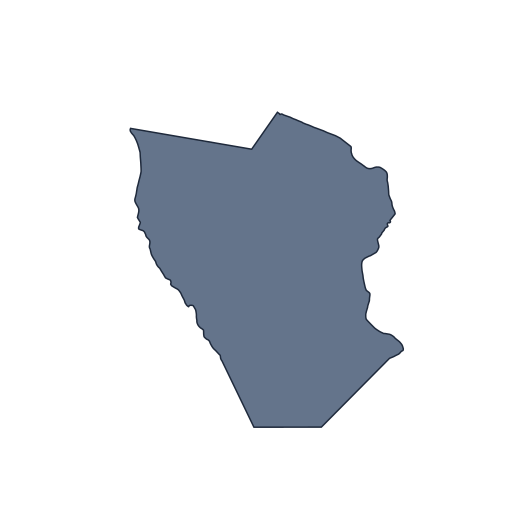 the district of Soledad, El Paraíso, Honduras, rotated 213°
{"feature_id": "27666195B67097486402294", "entity_name": "Soledad", "entity_type": "district", "adm_level": 2, "iso_a3": "HND", "parent_name": "Honduras", "parent_adm1": "El Paraíso", "projection": "mercator", "projection_center": [-87.146, 13.616], "detail": "fine", "context": "isolated", "style": "filled", "palette": "slate", "viewbox_px": 512, "rotation_deg": 213, "n_neighbors": 0, "source": "geoboundaries", "source_scale": "gbopen_adm2", "svg_char_len": 6091}
<svg xmlns="http://www.w3.org/2000/svg" viewBox="0 0 512 512"><g transform="rotate(213 256 256)"><path d="M313.7,388.1L316.3,388.2L317.8,343.2L430.7,294.7L430.5,293.9L430.4,293.5L429.8,292.7L429.4,292.3L428.6,291.9L427.5,291.4L426.3,291.0L424.8,290.6L424.1,290.4L422.9,289.8L421.6,289.1L419.3,287.7L417.6,286.5L416.2,285.5L413.4,283.1L410.1,280.2L409.6,279.7L409.0,278.9L407.0,276.1L403.3,271.3L400.0,266.7L398.7,264.8L398.3,264.1L398.0,263.4L397.7,262.7L396.5,259.5L395.4,256.1L393.9,251.9L393.1,249.3L392.7,248.2L392.2,247.2L391.3,245.1L390.5,243.4L389.5,240.7L388.9,238.8L388.6,237.9L388.2,237.1L387.7,236.4L387.3,236.0L387.0,235.7L385.9,235.0L384.5,234.2L382.3,233.1L381.2,232.5L380.3,231.9L379.7,231.2L379.0,230.3L378.7,229.8L378.3,228.9L377.9,227.9L376.7,224.4L376.5,223.8L376.1,223.6L375.3,223.1L371.7,221.4L371.4,221.2L371.2,221.0L371.0,220.5L370.8,219.5L370.4,217.6L370.2,216.6L370.0,216.0L369.7,215.6L369.5,215.2L369.2,214.9L368.8,214.8L368.4,214.8L367.0,215.1L365.1,215.6L364.5,215.7L364.0,215.7L363.3,215.6L362.6,215.4L361.7,214.8L360.2,213.9L359.2,212.9L358.6,212.6L358.2,212.4L357.2,212.1L354.8,211.6L354.2,211.4L353.9,211.2L353.5,210.9L353.1,210.6L352.8,210.2L352.5,209.8L352.1,209.2L351.7,208.3L350.8,206.2L350.3,205.5L349.9,205.0L349.5,204.7L348.9,204.4L348.5,204.1L345.2,200.9L344.3,200.2L343.0,199.4L340.5,198.1L339.8,197.8L338.3,197.2L337.4,196.8L336.7,196.3L335.9,195.6L335.4,195.2L334.6,194.7L333.8,194.3L332.8,193.9L332.2,193.7L331.5,193.5L330.6,193.4L329.8,193.2L327.1,191.8L323.3,190.1L321.5,189.1L320.2,188.5L319.8,188.4L319.5,188.4L317.0,188.7L315.2,189.1L314.8,189.1L314.7,189.1L313.8,188.5L313.4,188.1L313.1,187.8L312.7,187.2L312.4,186.3L312.2,185.9L311.7,185.6L311.0,185.3L310.4,185.1L309.6,185.1L306.7,185.2L304.2,185.4L303.2,185.4L302.6,185.3L301.8,185.1L300.5,184.6L299.2,184.1L298.5,183.7L297.6,183.1L295.7,181.9L292.2,180.0L289.9,178.1L288.3,177.4L287.7,177.1L287.1,176.9L286.2,176.8L285.2,176.7L284.9,176.8L284.9,178.0L284.8,178.3L284.6,178.5L284.1,179.0L283.6,179.3L283.0,179.7L282.2,180.0L281.5,180.1L281.2,180.0L280.9,179.8L279.3,179.0L277.5,178.1L277.2,177.8L276.8,177.5L275.6,176.2L274.7,175.2L273.8,174.0L273.0,172.7L272.4,171.9L271.9,171.3L271.1,170.4L270.6,169.9L269.6,168.4L269.2,168.1L268.7,167.6L267.7,166.9L267.0,166.5L266.3,166.2L265.4,165.9L264.5,165.7L263.5,165.5L262.1,165.5L261.2,165.5L260.2,165.4L259.8,165.3L259.5,165.0L259.0,164.4L257.3,161.9L256.7,161.2L255.9,160.3L255.6,160.1L255.3,159.9L254.0,159.6L252.7,159.4L251.7,159.4L250.4,159.6L249.8,159.5L249.3,159.4L248.7,159.2L248.4,159.0L247.9,158.7L246.7,157.8L244.7,156.7L243.5,156.1L242.1,155.5L241.4,155.3L240.7,155.1L238.3,154.7L233.1,153.4L232.3,153.3L232.0,153.2L231.8,153.1L231.2,152.4L229.9,150.9L229.5,150.6L229.1,150.3L228.2,149.8L227.4,149.5L164.5,111.3L108.0,148.1L88.3,242.9L85.8,246.5L84.3,249.2L83.5,250.5L83.1,251.1L82.7,252.1L82.5,253.0L82.3,254.5L82.2,255.0L82.0,255.6L81.5,256.3L81.4,256.6L81.3,257.0L81.4,257.5L81.7,258.0L82.0,258.5L82.7,259.1L83.4,259.7L84.1,260.3L84.8,260.7L85.2,261.0L85.9,261.3L87.8,261.9L88.9,262.2L90.6,262.4L92.9,262.6L94.3,262.8L95.0,262.9L95.9,263.2L96.4,263.3L97.7,263.4L99.5,263.4L100.3,263.3L100.8,263.2L101.3,263.1L102.0,262.8L104.8,261.6L105.7,261.2L106.4,260.7L106.8,260.5L107.9,260.4L110.1,260.1L111.9,260.0L113.4,260.0L114.6,260.0L116.3,260.1L117.3,260.2L118.7,260.5L122.4,261.3L126.7,262.3L128.5,262.8L128.9,262.9L129.2,263.1L129.9,263.7L130.7,264.6L131.7,266.1L132.1,266.7L132.4,267.3L132.6,267.8L133.4,270.1L134.3,273.2L134.5,273.8L135.0,274.8L135.2,275.4L135.9,277.9L136.5,280.1L136.8,280.7L137.7,282.2L138.1,283.0L139.0,284.9L139.3,285.5L139.7,286.0L140.0,286.4L140.2,286.6L140.5,286.7L141.0,286.9L141.8,287.0L144.2,287.2L144.6,287.3L145.0,287.4L145.4,287.7L145.9,288.0L147.3,289.1L151.7,293.4L154.0,295.8L155.8,298.0L157.8,300.1L159.1,301.5L161.0,303.9L161.9,305.1L162.5,306.0L163.1,307.0L163.6,308.1L163.9,308.8L164.1,309.6L164.1,310.3L164.1,311.1L163.9,311.8L163.6,313.1L163.1,314.1L161.7,316.5L161.1,317.5L160.1,318.7L159.9,319.2L157.4,324.1L157.3,324.4L157.2,324.8L157.1,326.3L157.2,327.5L157.4,328.8L157.6,329.8L157.9,330.5L158.5,331.4L159.2,332.1L161.8,334.5L162.6,335.3L163.1,336.0L163.3,336.3L163.4,336.6L163.4,337.1L163.3,337.7L162.9,339.1L162.7,342.4L162.7,343.0L163.0,343.7L163.0,344.2L162.6,347.3L162.6,347.5L162.7,348.0L162.8,348.4L162.8,349.1L162.8,349.7L162.7,350.1L162.5,350.6L162.1,351.4L161.7,352.0L161.6,352.5L161.6,352.8L161.8,353.1L162.0,353.2L162.5,353.6L162.8,353.8L163.4,354.5L163.5,354.8L163.4,355.5L163.2,355.9L163.1,356.1L162.9,356.2L162.3,356.4L162.1,356.6L161.9,356.9L161.8,357.2L161.8,357.8L162.0,358.1L162.3,358.4L162.7,358.5L162.8,358.6L163.0,358.8L163.0,359.0L163.0,359.8L162.8,361.4L162.3,366.8L162.3,367.1L162.8,367.7L163.5,368.4L164.2,369.0L164.8,369.4L165.8,369.9L166.4,370.3L167.6,371.1L168.5,371.8L169.6,372.8L170.5,373.9L171.5,375.1L172.2,375.7L174.8,377.3L177.8,379.5L178.4,380.2L180.1,382.6L183.1,386.5L185.4,389.1L186.9,390.5L187.4,391.1L187.7,391.6L188.3,392.7L188.8,393.7L189.7,395.0L190.5,396.0L190.9,396.4L191.3,396.7L191.7,397.0L192.2,397.3L193.1,397.6L194.7,397.9L196.3,398.0L198.5,398.0L200.1,397.9L200.5,397.8L201.0,397.6L201.7,397.3L202.6,396.7L203.3,396.3L203.8,395.8L204.3,395.4L205.0,394.5L205.8,393.4L206.3,392.8L207.1,392.0L207.9,391.4L208.8,390.8L209.4,390.6L209.9,390.4L210.6,390.2L211.4,390.1L212.0,390.1L218.0,390.5L220.5,390.5L223.6,390.6L224.9,390.8L226.6,391.2L228.1,391.7L229.2,392.2L230.5,393.0L231.5,393.9L232.4,394.6L233.3,395.7L233.9,396.5L234.5,397.7L235.0,398.5L235.5,399.1L235.7,399.3L235.9,399.4L236.2,399.5L237.1,399.6L239.5,399.8L246.4,400.4L249.5,400.7L250.5,400.6L254.8,400.2L257.1,399.7L259.4,399.2L263.4,398.3L267.7,397.7L268.5,397.5L269.4,397.3L275.2,396.0L277.1,395.5L279.7,395.1L283.1,394.5L284.4,394.2L285.7,393.8L289.1,393.2L290.4,393.2L291.0,393.1L294.5,392.4L297.0,392.0L299.6,391.4L303.0,391.0L304.5,390.6L308.6,389.6L309.8,389.3L311.0,389.3L311.4,389.2L311.8,389.1L312.1,388.8L312.4,388.5L312.7,387.9L312.8,387.8L313.0,387.8L313.2,387.7L313.4,387.8L313.5,387.9L313.7,388.1Z" fill="#64748b" stroke="#1e293b" stroke-width="1.5"/></g></svg>